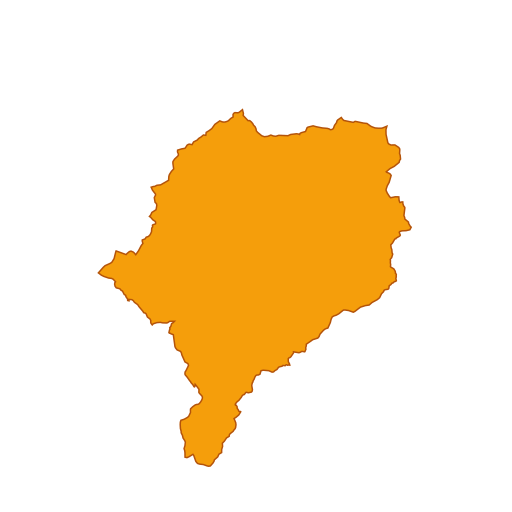 Zamora, Zamora Chinchipe, Ecuador (orthographic projection), rotated 230°
{"feature_id": "8360857B6169045226043", "entity_name": "Zamora", "entity_type": "district", "adm_level": 2, "iso_a3": "ECU", "parent_name": "Ecuador", "parent_adm1": "Zamora Chinchipe", "projection": "orthographic", "projection_center": [-79.016, -4.004], "detail": "fine", "context": "isolated", "style": "filled", "palette": "amber", "viewbox_px": 512, "rotation_deg": 230, "n_neighbors": 0, "source": "geoboundaries", "source_scale": "gbopen_adm2", "svg_char_len": 6138}
<svg xmlns="http://www.w3.org/2000/svg" viewBox="0 0 512 512"><g transform="rotate(230 256 256)"><path d="M349.8,152.1L349.3,151.2L345.2,145.6L343.9,141.7L344.0,139.9L345.6,134.2L345.5,131.8L344.4,124.4L340.8,125.2L338.2,126.3L333.9,128.9L331.6,131.0L329.9,131.7L326.5,131.8L326.3,130.7L325.3,129.6L323.4,128.6L321.4,128.5L318.5,130.6L316.4,130.6L315.0,131.2L311.2,130.3L309.7,130.9L308.4,130.2L305.9,130.0L305.0,129.6L304.4,129.1L303.3,129.9L304.4,130.8L302.3,132.9L300.7,133.3L298.7,133.1L294.8,134.1L292.3,133.8L286.0,133.8L284.9,133.5L283.1,134.6L282.2,134.6L279.1,133.6L275.8,134.3L274.2,133.9L273.0,132.8L272.0,132.3L269.9,132.2L270.1,133.8L268.7,137.2L266.7,140.0L264.8,141.5L262.2,144.4L261.7,145.4L261.5,147.8L258.4,151.6L258.2,149.6L258.4,147.8L256.9,145.6L256.5,143.8L255.3,143.1L255.0,142.3L253.8,140.7L253.3,140.3L253.2,140.0L252.5,140.1L251.6,140.8L251.1,140.8L248.9,142.1L238.7,135.7L237.4,135.3L234.8,135.2L231.6,136.8L230.7,136.8L229.6,136.5L227.8,135.6L220.5,133.5L217.3,134.7L215.5,133.9L213.3,129.0L212.7,127.1L211.5,125.9L210.6,125.4L207.2,125.4L202.9,125.0L201.9,125.1L200.8,124.8L198.1,124.9L195.7,124.5L195.3,124.7L195.3,125.2L196.8,126.9L194.4,126.9L190.5,126.6L188.3,124.6L187.4,124.4L183.6,124.6L182.4,124.3L181.1,123.0L180.4,121.5L179.8,119.8L179.4,117.6L179.6,116.3L180.4,115.2L181.0,113.6L181.2,110.6L181.0,107.7L180.2,106.8L178.2,105.2L176.5,101.5L176.4,99.8L177.1,96.1L178.4,92.9L177.4,91.3L175.6,89.6L172.4,87.2L169.9,86.0L168.6,85.0L166.0,84.4L163.4,83.1L160.7,82.8L158.9,82.3L156.4,79.7L154.7,77.1L152.6,76.2L150.9,75.1L147.5,72.3L145.9,73.5L145.3,75.6L144.6,80.2L143.2,80.1L137.4,77.9L135.6,77.8L134.4,78.0L132.9,79.0L130.1,81.6L126.5,83.7L125.3,84.7L124.5,86.1L125.1,90.1L125.8,92.0L126.6,93.1L126.7,97.5L128.0,100.2L127.5,103.3L129.9,105.4L131.6,108.0L134.2,109.9L134.5,112.8L135.6,116.5L135.1,119.5L136.1,120.6L136.5,121.8L136.4,125.7L137.0,127.7L137.1,128.9L137.7,130.1L139.5,132.1L141.3,133.3L145.6,134.7L145.3,136.8L145.3,140.6L146.5,144.2L146.8,144.2L147.4,143.4L148.1,143.1L149.4,143.5L151.4,143.7L152.8,144.7L154.4,144.9L154.6,144.5L155.1,144.4L155.8,144.9L156.0,145.3L156.5,147.8L156.4,150.0L157.2,153.9L157.9,155.8L157.8,157.5L157.4,158.0L158.0,160.5L157.6,161.2L156.2,162.1L154.7,165.0L154.8,165.9L155.8,167.3L159.4,169.4L160.4,170.5L161.4,172.0L161.4,172.5L162.3,173.7L162.8,175.3L163.9,177.2L164.5,179.1L164.4,179.9L163.3,181.4L162.9,183.1L164.9,186.1L163.9,188.1L159.9,192.1L156.8,193.6L156.1,194.5L155.9,195.4L156.1,196.4L155.6,199.1L156.2,201.5L156.1,202.6L154.8,205.1L154.9,206.2L153.2,207.9L153.3,209.2L152.9,209.6L152.0,210.0L151.6,210.9L150.7,211.7L151.6,212.2L154.4,212.9L156.6,214.7L156.8,215.5L156.4,216.7L156.4,218.0L157.6,222.2L158.0,223.0L158.4,223.2L154.5,226.5L154.0,227.3L153.4,229.9L151.3,231.7L151.3,232.0L152.5,234.3L153.8,235.1L154.9,236.8L156.1,237.8L155.4,245.7L153.4,250.6L153.7,252.4L155.0,254.8L155.7,259.7L155.7,261.6L155.3,263.2L154.6,264.7L157.2,270.1L159.2,272.8L160.3,275.1L160.1,276.9L159.1,279.4L158.5,282.4L158.4,288.2L157.4,289.5L154.7,291.9L150.4,294.4L150.0,296.0L149.7,303.1L147.7,307.9L145.7,311.2L145.8,315.0L144.6,320.9L144.6,323.9L146.4,327.9L146.7,330.9L147.4,332.0L147.2,333.2L145.7,335.7L145.7,336.1L145.7,336.7L147.6,339.0L147.4,340.9L147.8,342.8L147.3,343.5L147.4,345.7L146.8,346.6L146.8,347.6L148.9,348.7L149.9,350.1L150.5,350.4L151.5,351.5L152.4,351.8L153.2,351.7L153.9,352.4L155.1,352.9L157.6,353.3L161.0,352.1L161.4,352.1L162.8,353.6L164.4,354.5L166.0,356.0L167.0,356.5L167.3,357.4L167.5,358.8L169.6,362.0L170.8,362.2L173.7,364.2L175.4,364.8L177.9,366.4L178.2,368.9L179.7,373.0L179.7,373.5L179.3,374.3L179.6,374.9L178.9,378.7L179.0,379.5L179.3,380.0L181.8,380.8L182.2,381.2L182.3,381.8L181.5,383.9L178.9,387.3L177.2,390.7L178.3,393.4L179.8,393.3L182.7,393.8L184.0,394.6L188.7,393.8L190.0,394.7L191.9,395.3L197.2,401.0L198.0,401.3L199.0,401.2L201.4,402.0L203.1,403.2L203.9,402.1L204.3,400.7L204.6,400.6L206.7,401.4L209.5,403.4L211.8,400.8L214.1,396.6L215.8,396.5L219.8,397.0L222.6,397.8L223.5,398.6L225.4,401.7L226.8,405.3L230.8,411.3L232.4,411.5L233.7,411.2L236.3,409.9L236.8,409.9L236.8,414.9L235.8,419.5L235.7,425.8L236.9,427.4L237.3,429.0L240.5,431.2L242.2,431.8L244.9,434.4L245.9,435.0L247.5,435.1L251.8,433.8L254.3,430.7L256.6,429.7L258.0,429.8L265.6,433.8L269.2,436.7L271.3,439.7L272.7,435.3L273.3,434.2L275.3,431.8L277.6,429.5L280.4,427.9L281.7,427.3L286.2,426.2L288.7,423.8L295.2,418.7L295.6,418.0L295.7,416.7L296.1,416.2L303.4,410.4L305.2,410.2L307.3,410.4L307.7,405.9L307.4,404.8L306.4,403.4L305.6,400.1L304.1,397.5L303.9,396.4L304.1,395.5L305.0,394.1L306.4,393.7L308.0,392.6L311.5,389.1L316.1,385.4L319.0,383.4L321.3,378.7L321.5,377.7L319.8,374.5L319.6,373.8L321.2,370.3L321.6,369.0L321.6,368.3L321.0,367.5L322.3,366.8L323.6,365.6L326.8,360.7L327.6,357.8L333.1,351.8L333.8,351.0L335.0,348.1L336.7,346.5L339.1,345.1L340.1,342.0L342.0,339.1L344.4,337.7L349.7,336.7L351.6,336.7L353.5,337.8L355.6,338.4L357.8,338.2L359.4,338.6L361.7,338.6L363.8,338.2L364.8,336.9L371.9,336.5L373.3,338.0L376.8,339.7L376.9,335.3L377.5,334.0L379.4,332.0L379.6,330.6L379.2,329.4L377.2,327.8L377.6,325.2L377.4,322.2L377.5,320.9L378.5,318.5L379.2,317.5L380.4,316.4L382.8,315.1L383.3,309.1L382.0,304.1L382.2,300.5L382.7,297.3L380.7,295.1L382.5,293.5L382.5,290.6L382.9,287.6L382.6,285.5L383.5,281.5L382.4,278.6L384.5,276.9L385.0,275.9L385.2,274.4L384.3,271.6L384.2,270.8L385.9,267.8L387.5,264.0L386.5,263.0L385.6,262.5L384.4,262.3L383.1,261.3L382.8,260.2L382.6,256.0L381.9,253.6L381.5,252.8L380.1,251.7L375.6,248.9L375.2,245.6L374.1,242.1L373.1,240.5L370.2,237.7L371.8,228.7L373.9,225.5L374.4,223.2L375.3,221.9L376.1,219.9L372.9,219.0L368.0,218.8L367.2,218.1L366.1,215.6L362.0,213.2L360.1,213.4L358.5,212.5L355.7,209.2L356.3,204.2L355.1,201.7L354.8,199.8L353.2,200.2L350.1,200.2L347.1,201.1L345.7,200.3L345.3,199.8L345.3,199.3L346.2,197.2L346.1,196.4L344.7,195.5L344.4,194.1L341.7,191.5L340.4,188.7L340.1,186.2L341.0,184.0L340.4,182.0L341.4,179.2L340.7,178.5L338.3,177.4L337.8,174.9L335.5,169.3L334.3,164.7L336.6,164.7L337.9,164.5L340.1,163.4L340.8,161.8L340.8,158.9L340.6,157.4L349.8,152.1Z" fill="#f59e0b" stroke="#b45309" stroke-width="1.5"/></g></svg>